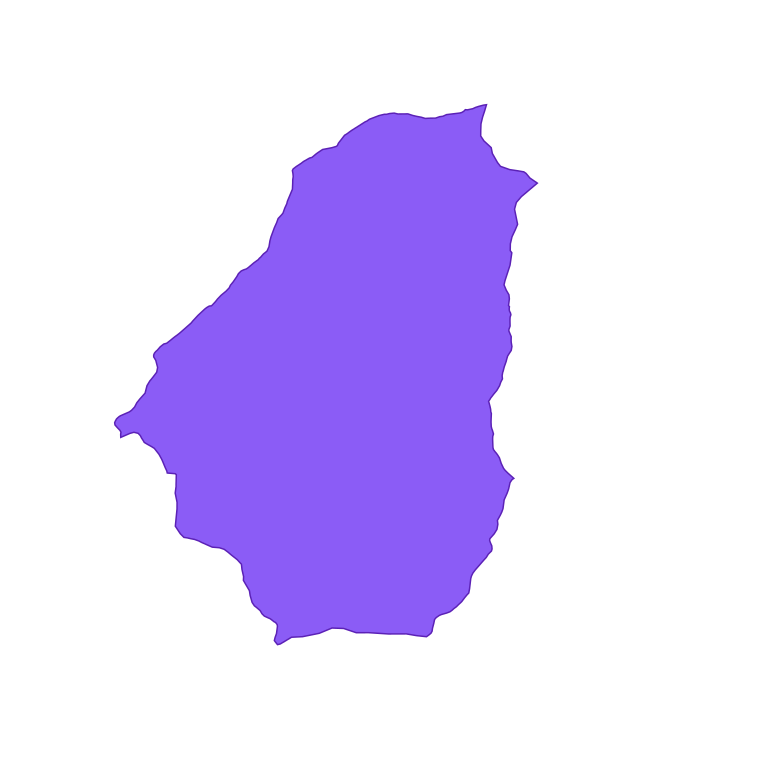 Samkhar, Tashigang, Bhutan, rotated 232°
{"feature_id": "84629894B56861060661097", "entity_name": "Samkhar", "entity_type": "district", "adm_level": 2, "iso_a3": "BTN", "parent_name": "Bhutan", "parent_adm1": "Tashigang", "projection": "natural_earth1", "projection_center": [91.595, 27.298], "detail": "fine", "context": "isolated", "style": "filled", "palette": "violet", "viewbox_px": 768, "rotation_deg": 232, "n_neighbors": 0, "source": "geoboundaries", "source_scale": "gbopen_adm2", "svg_char_len": 4623}
<svg xmlns="http://www.w3.org/2000/svg" viewBox="0 0 768 768"><g transform="rotate(232 384 384)"><path d="M244.2,139.6L243.0,142.2L241.4,155.2L235.0,164.3L232.9,168.5L227.4,179.5L225.4,186.7L223.7,192.8L216.2,201.7L205.1,209.0L197.5,218.8L184.3,233.6L174.3,246.5L173.5,247.6L165.8,254.6L158.7,261.9L158.6,265.4L158.7,267.7L159.6,269.7L161.8,272.0L164.6,275.7L167.3,278.9L167.8,281.4L167.7,282.9L167.6,285.0L167.0,287.3L164.9,292.5L163.9,295.7L163.8,298.2L164.0,300.9L163.9,303.9L164.3,307.0L164.5,309.8L164.7,311.4L165.9,315.8L166.7,319.4L167.1,322.1L169.9,325.3L177.3,332.6L178.9,334.8L180.3,337.7L181.3,341.4L181.7,343.5L183.7,353.8L184.4,357.9L185.7,361.4L186.2,365.8L187.5,367.6L190.1,369.3L192.9,370.0L195.5,370.8L196.9,372.1L198.1,378.6L199.9,383.5L203.4,387.4L206.7,389.4L209.1,395.0L210.6,398.0L212.5,401.0L217.2,405.8L218.7,407.3L222.1,413.7L224.5,417.5L228.7,422.6L229.4,424.7L229.8,426.1L229.7,428.2L237.4,426.8L241.4,426.3L244.0,426.3L249.3,427.5L254.8,429.5L258.7,429.9L261.1,429.9L262.4,429.8L264.9,429.9L266.6,430.6L267.8,431.4L273.6,435.6L274.7,436.5L275.9,437.6L277.2,439.5L280.7,440.9L282.4,441.4L284.4,442.3L288.1,444.9L290.4,446.8L294.6,450.4L296.4,451.1L298.5,452.5L301.2,453.8L304.5,455.2L306.0,455.8L306.7,458.1L307.3,459.5L307.8,461.6L308.5,464.3L309.5,469.0L311.5,474.0L313.6,477.2L315.1,480.5L316.4,481.3L317.8,482.2L320.0,484.6L320.9,486.0L322.4,487.9L323.6,489.5L326.6,494.2L327.8,495.7L329.9,498.6L331.0,501.6L332.1,504.9L334.8,507.9L338.3,509.8L339.7,510.7L343.0,513.4L348.8,515.0L350.0,515.9L352.0,519.0L354.4,520.8L356.0,522.0L357.3,523.0L359.1,524.6L360.4,526.6L362.1,527.4L364.3,527.8L366.0,528.8L367.8,530.5L369.1,530.4L373.9,535.2L377.4,537.4L382.6,538.1L388.2,539.6L390.9,542.9L400.0,556.4L401.9,558.4L406.1,562.8L408.7,565.5L411.4,565.6L416.7,569.9L421.2,575.5L424.8,582.6L427.6,587.6L441.4,594.5L445.6,600.1L447.1,607.7L447.9,628.5L456.4,625.8L462.5,625.6L465.1,624.8L469.3,621.0L475.5,615.1L480.2,612.1L483.8,609.8L488.6,609.8L498.9,611.3L504.3,614.0L514.1,612.4L519.9,612.9L524.3,616.4L529.3,620.6L533.6,626.0L537.2,631.4L538.5,633.2L541.0,636.7L542.5,634.1L544.4,629.7L545.6,626.4L546.3,623.4L548.7,618.5L550.1,617.0L549.8,614.8L550.1,612.4L550.9,610.5L557.8,599.1L558.7,595.3L560.4,592.4L561.8,588.3L565.3,583.7L567.9,580.0L571.3,577.6L574.7,574.6L577.9,572.0L582.2,569.1L583.9,566.8L585.3,565.0L588.2,561.2L591.2,558.8L593.7,554.9L595.0,552.0L596.4,550.2L598.6,545.3L601.6,535.5L601.7,532.5L602.2,530.6L603.8,514.3L604.0,508.2L604.3,506.1L601.8,496.3L600.6,494.1L600.6,492.7L602.3,488.4L605.2,482.7L606.6,480.0L607.0,474.7L607.1,472.0L606.9,466.8L607.9,464.4L608.9,457.5L608.9,454.6L609.4,448.7L609.4,444.8L608.6,443.2L605.9,441.8L603.3,440.1L601.0,437.7L598.6,435.8L593.8,431.7L593.0,430.2L587.5,420.4L585.9,418.4L583.7,414.1L580.9,409.7L580.4,407.7L579.6,402.5L578.8,401.2L577.2,398.7L574.7,393.9L569.5,385.5L567.0,382.2L565.7,380.8L563.0,377.9L560.8,373.7L560.7,371.7L560.7,369.1L560.2,366.5L559.9,365.1L559.8,363.1L559.4,361.5L559.5,359.1L559.6,356.0L559.3,348.6L559.4,346.4L560.3,343.9L560.7,342.3L561.0,340.9L560.6,337.3L559.3,334.3L557.3,327.9L556.4,323.8L555.1,321.3L554.7,318.7L554.4,316.7L554.3,312.8L554.2,310.2L553.5,305.3L552.7,302.1L552.0,297.8L551.8,296.2L553.0,294.3L553.2,292.9L553.4,291.3L553.4,288.8L552.6,279.7L551.4,272.2L550.8,269.6L550.1,257.8L549.9,254.0L549.9,251.1L550.0,248.7L550.0,246.3L549.9,241.7L549.9,239.5L549.9,237.8L551.1,235.1L551.1,230.7L550.2,226.1L550.1,224.1L549.6,222.0L548.6,220.3L547.1,219.2L543.1,218.7L536.4,215.8L533.2,212.1L531.6,206.0L530.9,203.0L530.6,201.4L528.6,196.2L523.9,190.1L522.5,182.3L521.4,177.7L519.4,173.3L518.7,168.8L518.8,166.2L521.2,156.9L521.4,155.4L521.3,153.2L521.1,151.6L520.1,149.3L519.3,147.9L517.3,146.8L513.9,147.0L509.9,147.4L507.9,147.0L506.7,145.7L505.5,144.8L504.0,143.7L501.5,153.4L499.9,157.2L496.5,159.9L493.3,160.2L490.9,159.7L487.4,159.4L485.6,159.1L482.0,160.5L478.0,162.2L474.7,163.4L467.1,163.4L461.6,162.5L459.2,161.9L452.7,160.1L449.2,159.3L447.3,158.4L441.8,164.3L440.4,164.5L432.5,158.0L431.3,157.1L426.6,152.3L418.2,148.1L412.9,143.9L400.4,132.0L391.4,131.3L386.3,131.9L383.8,134.3L380.8,136.7L378.2,139.0L374.2,141.5L371.5,142.7L361.2,148.2L356.3,153.5L352.1,156.3L347.7,157.5L342.9,158.5L335.9,160.2L331.8,160.5L329.8,160.7L325.1,157.8L321.7,156.2L318.7,154.8L315.8,152.3L311.5,151.7L309.1,151.4L304.0,150.7L299.7,148.3L293.1,145.6L289.0,145.3L286.7,145.9L281.7,146.9L278.1,146.4L274.8,146.8L271.1,148.7L269.1,149.8L266.4,150.5L264.3,151.0L262.9,151.7L260.1,151.7L258.5,150.7L253.5,145.6L251.3,142.1L249.3,139.6L244.2,139.6Z" fill="#8b5cf6" stroke="#5b21b6" stroke-width="1.5"/></g></svg>